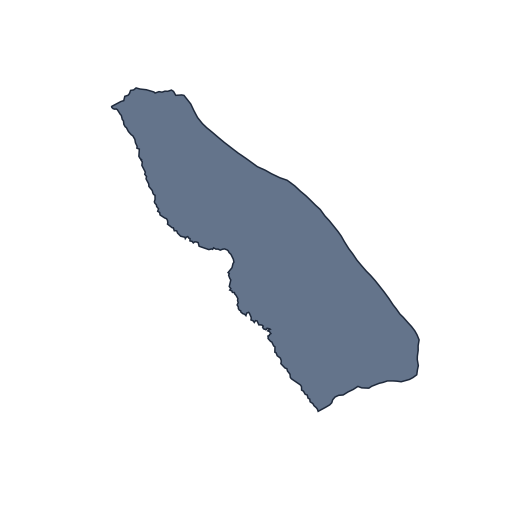 Riaba, Bioko Sur, Equatorial Guinea (orthographic projection), rotated 118°
{"feature_id": "11065452B69866248222639", "entity_name": "Riaba", "entity_type": "district", "adm_level": 2, "iso_a3": "GNQ", "parent_name": "Equatorial Guinea", "parent_adm1": "Bioko Sur", "projection": "orthographic", "projection_center": [8.763, 3.41], "detail": "fine", "context": "isolated", "style": "filled", "palette": "slate", "viewbox_px": 512, "rotation_deg": 118, "n_neighbors": 0, "source": "geoboundaries", "source_scale": "gbopen_adm2", "svg_char_len": 3517}
<svg xmlns="http://www.w3.org/2000/svg" viewBox="0 0 512 512"><g transform="rotate(118 256 256)"><path d="M253.5,72.6L250.0,76.8L247.5,80.7L245.2,85.7L243.6,90.3L241.0,97.2L239.7,101.7L236.9,107.2L234.7,112.2L231.3,118.4L227.7,125.8L224.7,132.6L221.9,139.0L219.4,145.6L217.6,151.5L215.2,157.7L212.3,164.9L208.6,171.8L206.0,177.5L201.8,184.8L198.4,190.1L195.9,195.1L193.4,200.9L190.4,207.9L188.3,214.0L184.8,221.1L183.2,227.4L181.4,233.3L179.4,240.2L178.0,247.0L175.9,254.7L174.5,264.1L175.7,271.7L176.1,281.1L175.9,288.1L176.5,296.8L175.7,302.2L174.5,310.9L173.5,320.2L171.9,329.7L170.6,337.4L168.9,345.5L167.3,352.6L165.9,359.7L164.3,365.4L161.2,372.6L156.8,379.1L152.4,385.0L148.0,395.0L148.7,397.3L150.3,399.8L151.8,402.3L149.4,406.1L149.2,408.6L152.0,411.2L153.2,413.8L155.5,415.9L156.4,418.8L159.5,421.6L159.1,423.2L160.7,431.0L163.0,436.7L163.9,440.8L166.8,442.0L168.7,444.5L171.9,444.0L174.1,444.4L176.6,446.8L180.9,445.7L183.0,447.8L191.7,453.7L192.5,453.1L193.0,451.3L192.7,449.7L191.8,448.4L191.9,447.1L194.6,442.4L195.1,440.9L198.2,438.2L198.9,436.5L201.8,434.5L203.3,432.2L203.5,430.7L206.0,427.1L207.5,423.1L207.7,421.2L209.9,417.7L212.6,415.6L214.9,412.5L216.7,411.8L216.4,409.2L223.0,406.2L224.2,404.3L224.7,402.4L225.2,402.7L226.3,400.6L229.6,399.3L233.9,393.1L236.1,392.6L237.2,390.0L239.5,389.3L242.7,384.6L244.9,383.2L246.7,378.8L247.3,377.9L248.7,376.8L249.7,375.3L249.8,373.7L253.4,371.7L255.9,371.2L256.9,370.0L257.5,368.1L259.0,366.9L260.1,364.2L262.7,363.8L262.8,361.5L264.8,360.0L265.3,354.5L265.1,352.5L266.0,351.0L267.8,349.6L269.4,349.1L270.4,343.2L269.9,342.2L272.1,340.0L271.2,338.5L271.1,337.7L272.6,336.0L273.9,331.8L272.8,327.5L273.8,326.6L272.1,326.4L270.9,325.4L271.8,323.6L271.6,322.5L273.7,321.4L273.1,319.2L273.9,317.5L272.3,316.8L271.6,315.3L271.3,313.4L274.1,310.8L272.5,300.6L270.7,298.7L270.5,297.4L268.7,297.3L268.8,294.7L267.7,292.6L267.6,290.3L265.8,288.8L264.5,287.1L264.2,284.4L264.4,283.1L265.6,281.4L266.3,278.9L269.5,274.5L271.8,272.6L273.4,272.8L277.6,271.7L283.8,272.9L284.0,271.4L285.9,271.1L288.0,268.7L289.0,267.0L295.5,265.3L296.6,262.9L298.4,263.2L298.2,260.8L299.1,260.0L299.1,259.3L298.4,257.9L299.5,256.9L299.9,255.5L302.1,252.0L303.8,251.5L305.6,249.8L308.1,249.7L309.1,247.9L310.8,246.8L311.7,245.1L311.5,243.9L312.6,243.0L313.1,240.6L312.8,238.6L313.4,236.9L310.8,237.4L309.2,236.1L309.7,234.9L312.4,231.5L313.9,230.7L314.8,230.5L314.6,228.0L315.5,226.3L313.3,226.1L312.8,224.6L315.5,221.1L314.7,219.9L314.7,219.5L314.2,218.5L314.5,216.7L315.8,216.7L316.7,215.3L316.8,214.4L316.3,213.8L316.6,213.0L316.0,212.3L314.6,212.3L313.9,209.9L314.0,209.0L315.9,210.4L316.6,210.5L316.4,208.7L317.5,206.4L318.9,207.2L320.0,206.9L321.1,207.9L322.4,206.9L323.2,206.6L324.6,203.0L324.5,201.7L327.1,198.2L327.3,196.6L332.1,194.2L332.1,192.7L334.1,190.5L334.7,186.6L336.3,184.8L337.7,184.0L339.4,183.5L341.3,177.8L341.0,175.8L342.8,174.2L344.4,170.5L347.1,168.7L347.8,167.1L349.0,156.2L350.0,154.5L353.0,152.8L353.1,150.6L355.0,147.7L354.7,145.5L357.1,143.3L357.1,141.4L359.3,139.8L359.6,136.6L361.0,134.4L361.6,131.7L362.4,129.9L364.0,128.2L356.9,123.5L352.8,121.0L350.0,120.2L349.5,120.3L347.0,120.8L343.4,120.0L340.2,117.6L337.8,113.8L332.8,110.9L328.2,107.5L323.3,104.8L322.8,100.8L321.0,97.0L319.7,94.3L316.7,92.7L310.5,87.4L308.1,84.6L304.6,81.3L301.9,76.2L300.4,72.9L298.9,68.8L295.8,65.5L292.9,62.5L289.6,60.3L285.4,58.3L280.5,60.1L276.6,61.2L271.7,65.0L268.7,66.5L263.2,68.5L259.2,70.7L253.5,72.6Z" fill="#64748b" stroke="#1e293b" stroke-width="1.5"/></g></svg>